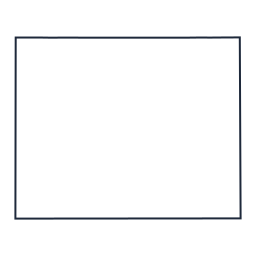 Republic, Kansas, United States of America
{"feature_id": "52423323B40433971762131", "entity_name": "Republic", "entity_type": "district", "adm_level": 2, "iso_a3": "USA", "parent_name": "United States of America", "parent_adm1": "Kansas", "projection": "albers", "projection_center": [-97.674, 39.828], "detail": "fine", "context": "isolated", "style": "outline", "palette": "slate", "viewbox_px": 256, "rotation_deg": 0, "n_neighbors": 0, "source": "geoboundaries", "source_scale": "gbopen_adm2", "svg_char_len": 359}
<svg xmlns="http://www.w3.org/2000/svg" viewBox="0 0 256 256"><path d="M59.7,37.6L53.0,37.7L45.4,37.6L37.9,37.5L15.7,37.5L15.4,218.6L240.6,218.4L239.8,37.4L221.2,37.5L220.4,37.5L217.4,37.5L209.8,37.6L202.3,37.5L183.6,37.7L183.2,37.7L181.6,37.7L81.1,37.7L80.5,37.7L79.9,37.7L77.3,37.6L60.5,37.6L59.7,37.6Z" fill="none" stroke="#1e293b" stroke-width="2"/></svg>